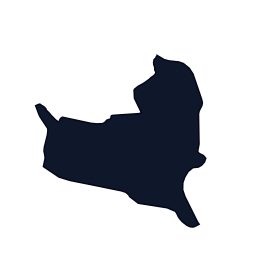 SVG path tracing the border of Mulanje, rotated 286°
{"feature_id": "MWI-1923", "entity_name": "Mulanje", "entity_type": "District", "adm_level": 1, "iso_a3": "MWI", "parent_name": "Malawi", "parent_adm1": "", "projection": "mercator", "projection_center": [35.569, -15.908], "detail": "fine", "context": "isolated", "style": "filled", "palette": "ink", "viewbox_px": 256, "rotation_deg": 286, "n_neighbors": 0, "source": "natural_earth", "source_scale": "10m", "svg_char_len": 2134}
<svg xmlns="http://www.w3.org/2000/svg" viewBox="0 0 256 256"><g transform="rotate(286 128 128)"><path d="M205.8,136.0L203.7,144.0L203.8,149.0L205.5,158.6L205.2,163.5L202.3,170.4L197.8,175.6L175.8,190.9L172.6,192.6L169.8,192.8L164.1,191.7L161.0,191.9L132.1,200.7L124.7,201.4L123.2,203.3L122.3,208.2L120.3,211.1L116.5,210.9L112.5,209.0L109.9,206.5L107.7,201.2L102.7,197.8L96.5,196.1L90.5,195.8L83.6,197.6L77.9,201.5L56.8,220.8L55.1,222.9L51.7,219.3L50.7,217.7L50.2,214.9L50.7,211.5L52.9,206.0L54.9,202.9L56.7,200.7L58.4,199.3L61.0,196.6L62.1,187.5L58.5,158.7L62.5,148.5L64.0,147.1L65.6,143.5L65.8,139.0L61.6,86.7L61.8,75.1L67.6,57.3L76.0,56.7L78.6,55.7L82.7,53.6L86.5,52.9L99.2,52.4L103.0,51.8L105.4,51.0L114.4,40.5L116.6,38.5L124.0,33.1L126.2,35.8L126.5,36.3L126.6,36.9L126.0,38.5L125.1,41.7L124.8,42.2L124.6,42.5L124.2,43.3L123.9,43.6L123.7,43.9L123.5,44.0L123.0,44.2L122.7,44.4L121.1,47.4L120.7,48.1L120.3,48.7L120.1,49.0L119.8,49.3L119.2,50.2L115.8,56.2L115.1,58.1L114.9,59.6L115.2,60.0L115.5,60.2L115.9,60.1L117.0,60.2L117.5,60.3L118.5,60.5L119.0,60.9L119.6,61.3L119.9,61.5L120.1,61.7L120.3,62.0L122.3,91.0L123.4,97.0L125.1,102.0L125.6,102.9L126.1,103.4L126.6,103.7L127.2,104.3L127.5,104.4L127.7,104.6L128.0,104.8L128.3,105.1L128.5,105.2L128.7,105.3L128.9,105.1L129.2,105.1L129.4,105.2L130.1,106.1L130.5,106.5L130.7,106.9L130.8,107.1L131.3,107.7L131.5,108.3L131.8,108.6L132.1,108.7L132.4,108.7L132.8,108.9L133.0,108.9L133.8,108.6L134.2,108.6L134.5,108.6L135.1,108.7L135.5,109.1L136.1,110.3L144.9,134.7L146.4,136.7L158.4,126.0L166.0,123.4L167.3,123.7L170.9,126.3L175.4,130.8L180.8,135.1L182.8,136.2L185.4,138.4L186.0,138.7L187.0,139.2L188.3,139.5L188.7,139.5L189.1,139.4L189.5,139.2L189.9,138.9L190.3,138.6L190.6,138.2L190.9,137.9L191.3,137.7L192.2,137.5L192.5,137.3L192.7,137.2L193.3,137.1L193.6,137.0L195.0,136.1L195.4,135.8L195.6,135.5L196.0,135.3L196.7,135.1L197.7,134.6L198.3,134.5L198.7,134.4L199.4,134.5L199.7,134.5L200.1,134.3L200.6,134.2L201.2,134.3L202.7,135.3L203.1,135.5L203.5,135.5L204.2,135.5L204.6,135.6L205.1,136.0L205.3,136.1L205.5,136.1L205.8,136.0Z" fill="#0f172a" stroke="#020617" stroke-width="1.5"/></g></svg>